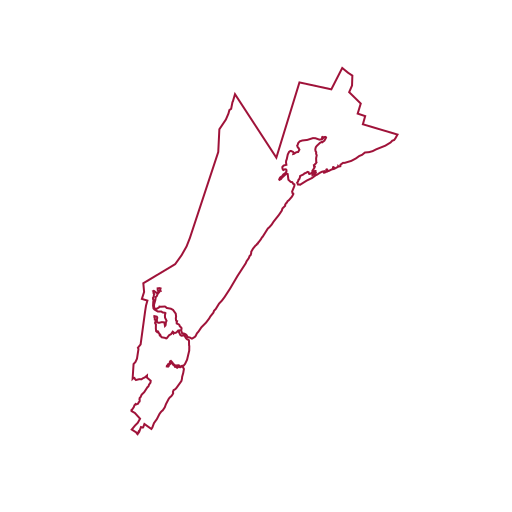 the district of Kilifi North, Coast, Kenya, rotated 17°
{"feature_id": "3690345B15365868811730", "entity_name": "Kilifi North", "entity_type": "district", "adm_level": 2, "iso_a3": "KEN", "parent_name": "Kenya", "parent_adm1": "Coast", "projection": "equal_earth", "projection_center": [39.892, -3.499], "detail": "fine", "context": "isolated", "style": "outline", "palette": "rose", "viewbox_px": 512, "rotation_deg": 17, "n_neighbors": 0, "source": "geoboundaries", "source_scale": "gbopen_adm2", "svg_char_len": 6153}
<svg xmlns="http://www.w3.org/2000/svg" viewBox="0 0 512 512"><g transform="rotate(17 256 256)"><path d="M169.9,378.3L170.8,379.3L172.2,389.0L171.7,392.6L170.5,395.1L173.9,409.5L174.5,408.4L175.3,408.1L175.7,408.7L177.4,409.7L180.4,407.9L182.5,407.4L183.6,406.0L185.2,404.6L186.7,402.2L187.2,404.1L191.8,406.1L192.1,408.0L191.3,410.3L191.3,411.7L191.1,412.5L190.6,413.0L188.9,418.9L187.2,422.0L186.8,425.0L186.3,425.6L186.4,427.1L186.9,427.6L187.2,429.2L186.6,430.1L186.4,431.7L184.6,433.1L184.1,432.8L183.4,434.3L183.3,436.3L182.4,439.2L182.0,439.5L182.0,440.1L182.3,440.7L186.0,441.5L192.7,445.5L191.7,450.1L189.9,453.5L187.9,458.3L194.1,460.0L194.0,460.6L194.8,461.0L195.1,458.6L195.5,459.0L195.7,458.4L196.0,453.2L197.8,453.2L198.2,452.9L198.4,449.3L206.5,452.0L207.0,450.4L207.3,445.6L208.9,440.9L209.9,435.2L210.7,432.9L211.5,431.4L211.9,431.0L213.0,427.4L213.2,424.0L214.3,418.1L214.9,416.5L216.0,414.8L216.7,412.8L216.9,411.3L216.3,410.4L216.4,408.4L217.8,406.9L218.5,405.4L221.2,397.4L221.1,395.1L220.7,393.2L220.6,389.1L220.1,385.1L218.4,383.4L217.3,383.4L216.0,384.6L215.3,384.6L214.9,383.9L214.4,383.7L213.9,384.0L213.7,385.4L213.4,385.9L212.9,385.9L212.0,385.3L211.0,385.7L210.2,384.8L208.9,384.4L205.5,382.3L205.4,384.6L204.5,385.9L204.7,386.8L204.3,387.5L203.0,387.7L202.9,387.0L203.3,386.4L203.6,385.1L204.8,384.4L204.6,382.5L204.7,381.8L205.3,381.2L207.5,382.5L208.0,383.2L211.2,384.4L212.2,383.8L213.0,384.6L213.6,383.2L214.6,383.2L215.0,383.7L216.0,384.0L217.1,382.8L218.9,381.9L219.7,379.9L220.4,375.3L219.8,366.0L218.5,361.5L218.1,361.0L216.7,356.6L216.2,356.0L214.5,355.8L213.1,355.1L210.9,353.1L209.8,353.2L208.2,354.0L206.9,353.8L204.7,351.5L204.3,349.6L203.4,350.0L202.3,352.3L201.4,353.1L200.0,353.5L199.8,354.3L199.3,354.0L199.0,352.9L198.5,352.7L197.6,355.6L196.1,357.1L194.7,360.7L194.2,361.1L192.9,360.9L189.5,361.3L188.2,360.3L187.3,360.2L186.9,359.6L187.2,359.2L185.6,358.1L184.4,356.8L183.7,356.8L183.6,357.6L182.5,357.1L181.4,354.6L180.3,350.7L179.3,349.9L179.0,349.3L179.1,347.0L178.3,346.4L177.8,346.4L177.2,344.6L176.6,344.1L176.4,343.2L178.8,343.0L179.3,343.4L179.7,344.0L179.7,345.4L180.4,347.7L180.9,348.3L182.7,348.3L185.2,346.8L187.5,346.3L187.9,346.5L189.4,349.5L189.7,348.9L189.7,348.1L189.2,345.9L189.4,344.1L187.0,341.5L186.2,339.2L186.1,337.1L185.5,336.9L183.3,337.3L181.7,336.8L178.4,337.8L174.6,336.9L173.3,336.1L172.1,333.6L171.1,329.7L171.2,328.7L170.9,328.0L170.4,327.8L169.7,326.2L170.1,324.8L169.7,323.0L169.9,322.2L168.7,321.3L168.5,319.9L168.0,319.6L168.4,319.2L168.9,319.3L169.2,320.0L170.1,319.7L172.4,320.6L172.9,320.0L172.9,318.4L172.7,317.8L172.0,317.4L171.4,315.7L173.2,314.9L174.2,314.9L174.2,316.3L174.9,317.2L174.2,317.4L174.1,318.6L173.1,320.8L172.8,323.5L172.1,324.5L172.6,327.4L172.7,332.4L173.5,334.7L174.2,335.7L175.2,335.9L176.8,335.2L178.5,333.2L178.5,332.6L179.7,332.4L183.5,331.0L184.2,331.0L185.8,331.8L190.0,331.3L192.4,331.8L196.1,334.6L197.3,337.3L197.5,338.9L198.4,341.0L198.7,341.3L199.6,341.4L199.6,343.0L199.9,343.7L202.2,344.0L203.0,344.5L203.7,345.5L205.4,346.3L205.9,346.8L206.3,349.2L208.0,351.6L209.6,351.2L211.4,351.4L212.5,351.8L214.4,353.5L216.7,353.3L218.7,353.8L219.1,353.6L221.2,351.2L221.7,350.0L222.1,347.3L223.1,345.1L224.6,340.2L227.7,334.3L229.5,329.4L230.0,327.2L231.8,322.7L231.9,320.6L233.0,318.5L234.6,312.3L236.4,308.7L237.9,304.6L240.7,294.9L244.2,280.3L248.3,266.0L248.5,263.9L249.7,260.2L249.9,257.8L250.6,256.7L250.6,254.9L250.2,253.3L251.0,249.8L252.5,246.1L253.2,245.3L253.6,243.9L254.1,243.6L254.2,242.4L254.5,242.1L255.8,238.5L256.3,236.3L256.7,235.8L259.3,226.2L260.3,224.7L261.8,221.4L262.8,217.9L265.9,210.0L267.4,205.1L267.4,202.8L269.2,199.5L268.9,198.3L269.4,196.6L269.8,196.2L270.2,194.3L271.1,193.1L273.0,188.8L273.6,186.0L273.4,185.4L272.6,185.3L271.7,183.8L272.2,178.1L272.0,176.7L271.7,176.2L270.5,176.1L269.1,174.8L267.5,175.0L264.7,173.6L262.3,168.3L261.3,168.2L260.8,168.7L257.9,173.6L257.4,175.1L256.2,176.3L255.8,176.0L256.0,174.3L256.4,173.4L257.6,172.1L258.3,170.0L259.8,168.2L260.4,166.2L260.0,164.9L259.2,164.4L258.0,164.8L257.0,165.8L256.4,165.5L255.4,164.0L255.2,163.0L256.0,161.4L258.4,159.9L257.4,157.9L257.0,156.3L257.1,154.3L256.7,149.6L257.2,146.7L258.2,145.5L258.7,145.3L260.9,145.6L261.9,146.2L261.9,147.5L262.4,147.2L264.2,145.0L265.9,144.2L266.4,141.6L264.9,140.1L264.3,140.0L263.1,138.4L263.4,137.3L263.3,135.8L264.3,133.6L266.5,132.0L271.1,130.0L276.0,126.6L278.4,126.0L282.6,126.2L285.1,125.0L285.4,124.4L284.8,124.2L284.5,123.0L285.0,122.6L285.8,123.1L287.0,122.0L287.8,121.8L288.4,122.3L287.7,125.7L286.1,127.9L285.5,127.7L284.1,129.1L282.0,132.8L281.4,134.4L281.4,135.1L281.5,136.6L282.2,138.2L283.2,139.1L283.6,140.7L284.6,141.9L284.9,144.9L286.0,148.2L286.5,148.8L285.9,150.5L285.6,150.8L285.4,151.8L284.8,152.2L285.7,154.1L286.1,153.9L286.1,154.4L285.0,158.1L285.5,158.9L286.2,159.2L287.5,157.4L288.1,157.3L288.4,158.3L288.9,158.8L287.7,160.6L286.3,162.0L285.9,160.7L284.9,160.1L284.3,161.1L283.2,161.9L282.7,161.9L281.8,160.5L280.7,160.5L279.1,162.3L278.3,162.7L277.5,164.1L274.8,166.6L275.0,168.0L274.9,170.1L274.5,170.3L274.3,170.9L274.4,172.5L273.9,173.8L275.3,175.4L276.8,174.9L277.3,175.0L282.5,169.0L286.7,165.1L289.6,161.2L290.6,160.4L292.9,157.6L294.6,156.0L296.4,155.0L296.6,155.5L296.3,156.2L296.7,156.5L298.1,155.5L298.5,155.0L298.0,152.8L298.4,152.4L298.8,152.5L299.1,153.0L299.0,154.6L299.4,154.5L300.1,153.5L300.6,153.5L304.1,150.1L303.7,148.6L304.2,148.3L304.7,148.6L304.8,150.1L305.3,149.8L308.4,146.7L308.3,146.0L308.9,146.3L310.4,145.5L310.1,144.0L312.0,141.5L313.6,141.0L319.3,137.2L323.0,133.5L325.5,130.2L327.9,128.2L329.9,125.2L333.8,123.6L336.9,121.6L339.8,118.8L347.4,112.7L351.5,108.1L352.6,105.9L354.2,104.7L354.9,102.7L355.8,98.5L319.7,98.8L319.5,90.3L311.6,90.1L311.6,79.6L297.2,72.1L298.0,64.9L295.4,55.3L290.6,53.9L283.5,51.0L279.3,74.6L246.8,77.3L246.7,156.0L188.6,107.4L188.7,114.9L188.5,115.7L189.2,122.5L187.9,124.2L188.0,127.9L187.3,134.3L183.9,145.5L189.5,167.6L187.5,258.1L186.8,267.1L184.6,277.0L181.1,287.4L156.2,315.0L159.5,323.1L159.4,330.4L165.2,330.4L165.3,335.4L166.1,341.1L171.5,374.3L169.9,378.3Z" fill="none" stroke="#9f1239" stroke-width="2"/></g></svg>